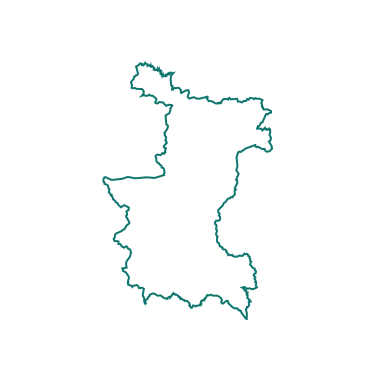 Mueang Tak, Tak, Thailand, rotated 130°
{"feature_id": "78962969B62571443706919", "entity_name": "Mueang Tak", "entity_type": "district", "adm_level": 2, "iso_a3": "THA", "parent_name": "Thailand", "parent_adm1": "Tak", "projection": "orthographic", "projection_center": [99.229, 16.887], "detail": "fine", "context": "isolated", "style": "outline", "palette": "teal", "viewbox_px": 384, "rotation_deg": 130, "n_neighbors": 0, "source": "geoboundaries", "source_scale": "gbopen_adm2", "svg_char_len": 6057}
<svg xmlns="http://www.w3.org/2000/svg" viewBox="0 0 384 384"><g transform="rotate(130 192 192)"><path d="M254.0,68.5L249.7,72.0L247.1,75.5L245.9,75.3L244.6,76.0L243.8,75.2L242.0,75.4L239.8,77.8L238.3,76.6L237.6,78.4L238.1,79.2L237.4,80.2L237.7,81.4L235.3,83.0L235.7,83.7L235.2,84.3L233.4,84.7L234.1,85.5L233.3,86.0L233.5,87.0L232.6,87.8L233.5,88.5L232.7,90.4L233.0,92.2L231.1,90.8L230.7,87.6L228.8,86.0L227.9,83.7L226.6,82.4L223.4,81.0L222.4,83.3L220.2,84.4L220.3,85.8L219.0,86.1L218.3,88.4L216.5,88.7L216.3,91.1L214.7,91.7L213.6,90.9L211.6,92.0L211.5,93.4L210.5,94.6L211.0,97.0L210.1,101.2L207.3,101.8L207.5,103.1L205.7,104.5L205.5,105.8L204.5,106.3L204.8,107.9L204.1,108.6L204.0,110.1L205.6,111.2L205.6,112.3L208.6,112.3L210.6,115.2L212.1,115.5L214.3,118.1L214.7,119.6L214.3,120.8L215.4,121.3L216.0,123.0L217.1,123.7L216.3,124.7L215.8,127.3L215.1,127.5L214.7,129.4L215.9,131.3L215.7,132.5L214.9,133.0L215.6,135.8L214.0,138.3L214.1,140.6L210.9,143.5L209.6,143.8L209.6,145.3L208.7,146.6L205.4,148.0L205.1,149.6L202.2,151.4L201.5,152.6L201.8,153.3L200.5,154.9L198.5,155.1L197.0,153.3L195.7,152.7L194.3,153.2L193.1,154.5L192.8,156.3L191.0,156.6L190.7,158.7L189.0,160.3L182.5,159.8L179.8,160.5L178.0,159.9L173.9,160.2L172.4,158.8L170.7,158.8L169.8,157.5L169.0,157.9L166.5,157.5L163.4,160.4L162.0,159.9L161.5,161.7L156.3,163.0L153.9,165.0L154.3,166.1L148.1,168.0L146.8,172.1L142.9,173.8L136.9,180.1L131.9,182.2L130.5,181.5L130.0,180.4L124.1,178.8L115.3,173.7L116.3,172.6L116.2,171.3L114.9,170.5L114.0,165.9L112.4,164.1L113.3,162.1L113.2,160.8L111.1,158.9L107.3,158.6L105.7,160.4L103.8,165.6L102.2,165.1L99.8,166.2L98.4,169.4L96.0,170.4L93.8,172.5L93.7,173.7L95.8,173.9L96.2,174.9L95.8,175.5L96.8,176.3L96.0,177.3L99.6,177.7L99.0,179.6L101.6,182.9L99.4,183.7L99.2,183.1L97.3,183.1L94.3,183.6L93.3,182.8L84.7,185.4L84.0,184.0L81.8,183.5L80.5,182.5L79.2,183.4L80.1,187.1L82.7,190.3L82.5,191.2L81.5,192.0L81.7,193.4L80.2,194.2L79.4,196.1L76.3,197.0L77.1,200.2L78.7,202.0L79.2,203.7L80.9,204.0L81.1,205.6L82.7,208.1L84.9,207.9L85.3,209.5L87.4,209.1L89.1,210.9L91.3,211.3L92.0,213.5L93.2,215.0L91.6,217.3L96.2,222.0L95.9,223.9L96.7,224.2L98.0,223.7L98.7,225.5L100.8,227.7L103.9,227.6L105.1,226.9L105.7,228.0L106.6,227.9L106.9,229.4L108.0,229.5L109.1,231.2L109.5,234.7L111.6,237.9L110.8,240.7L109.3,240.8L109.1,241.5L115.6,246.1L117.4,248.4L118.2,251.5L122.3,254.3L121.6,256.8L117.8,258.1L116.3,260.2L118.4,262.1L123.0,263.7L123.1,264.5L121.1,265.8L120.7,269.1L124.2,272.8L125.5,272.2L126.4,273.1L123.3,275.1L123.8,276.4L119.5,280.7L116.2,282.9L112.9,282.8L114.1,283.8L114.0,284.8L116.3,285.2L115.8,286.0L116.8,286.0L116.6,286.5L118.4,286.9L119.1,286.1L120.0,286.3L119.6,287.5L120.5,287.4L121.6,288.3L120.6,289.7L122.2,289.4L121.1,290.6L121.8,291.4L121.1,291.7L121.3,292.5L120.4,292.4L120.3,293.5L119.7,292.8L119.0,293.3L119.2,296.0L118.7,296.6L120.7,296.4L120.2,297.3L120.9,296.9L121.9,298.8L122.9,299.2L122.9,300.1L121.2,300.6L121.4,302.9L120.9,303.3L121.2,303.9L122.1,303.5L122.3,304.3L121.7,305.0L122.3,304.8L122.1,305.7L122.8,305.7L123.0,307.2L123.8,307.4L122.8,308.1L123.4,310.0L123.1,310.9L125.9,310.6L125.8,311.3L127.0,312.0L126.4,312.6L126.8,312.7L126.4,313.5L126.8,314.4L130.9,314.8L131.8,315.5L136.0,309.4L137.8,309.2L138.8,310.0L139.9,309.8L140.9,310.5L142.7,309.4L146.4,309.4L147.5,309.0L148.7,306.5L151.0,305.2L150.6,303.9L149.0,302.6L148.7,300.8L145.2,296.4L145.9,293.7L147.9,292.2L150.5,292.3L149.0,291.3L147.5,288.4L144.8,287.1L144.8,285.6L143.5,284.0L143.5,279.5L144.4,278.4L147.1,277.8L147.2,276.6L146.1,275.2L144.1,274.8L142.1,271.8L142.6,267.2L140.2,266.0L138.4,263.3L138.5,262.6L142.1,262.3L142.9,261.2L146.4,260.0L149.7,261.3L150.8,261.2L156.8,254.9L156.6,253.5L157.2,252.5L159.6,251.5L164.6,251.1L164.9,250.0L166.0,249.5L166.8,246.9L169.6,245.5L169.5,244.4L170.4,243.9L170.6,242.9L174.9,243.1L175.9,242.1L175.3,240.1L178.0,238.9L178.7,237.9L179.5,238.5L180.6,237.9L181.3,239.7L183.8,239.7L185.8,242.7L187.3,243.1L188.4,242.7L189.2,240.8L191.1,239.4L191.7,237.3L191.2,235.6L191.7,234.9L191.5,232.2L192.8,231.0L192.1,229.5L192.3,228.5L194.9,225.3L196.7,225.1L197.0,224.3L205.2,229.6L209.9,236.2L218.0,244.3L221.7,250.8L227.3,254.4L234.4,261.3L236.3,267.9L237.1,268.5L239.2,268.0L241.0,266.6L240.9,265.2L242.0,264.3L241.1,261.8L241.2,260.3L242.7,258.6L243.0,257.1L245.7,255.5L246.0,252.8L246.6,252.2L246.0,251.5L246.8,251.1L247.0,249.5L248.3,247.7L248.1,245.4L248.8,243.9L248.4,241.8L249.1,240.3L249.4,236.7L245.6,235.4L244.5,230.5L246.6,229.0L248.9,229.8L251.1,227.1L252.9,227.1L255.5,220.5L256.3,219.9L259.8,220.6L263.9,219.8L265.7,220.8L267.2,220.8L272.6,223.5L273.9,223.5L276.8,221.9L278.3,221.9L279.3,219.9L277.1,216.6L279.1,214.9L278.0,213.3L278.9,210.4L278.3,209.4L278.4,208.3L275.9,207.5L275.6,206.8L276.6,204.3L275.8,202.6L277.4,199.9L281.2,198.0L287.5,197.5L289.8,196.0L291.9,193.5L295.3,196.2L295.9,194.7L296.8,194.3L296.1,191.0L297.3,186.4L298.5,184.9L301.6,183.7L302.1,182.7L302.9,182.8L304.0,181.3L303.0,179.1L303.0,176.8L302.3,177.2L298.7,174.4L298.6,172.8L299.7,170.7L297.4,168.7L297.1,166.6L302.4,163.7L303.6,162.2L303.7,160.7L307.1,157.7L307.7,155.9L306.8,155.9L306.2,157.2L304.4,158.1L302.5,157.3L301.1,157.9L299.5,157.6L298.1,158.3L295.4,157.1L294.0,155.6L293.6,151.8L291.4,149.6L291.2,145.2L289.7,142.2L289.2,142.7L286.9,142.1L287.2,140.8L281.8,141.3L282.2,140.5L281.2,139.9L281.5,138.7L280.6,137.9L280.4,135.7L281.0,135.0L280.5,134.7L280.3,133.3L281.0,133.0L280.6,132.0L281.1,131.7L280.3,131.2L280.5,129.8L279.7,128.4L280.1,127.6L278.7,125.8L278.8,122.7L280.2,120.6L280.7,120.9L281.3,118.2L280.5,117.6L278.1,118.2L276.9,115.3L276.2,115.4L274.0,113.4L272.8,113.6L273.0,112.7L271.7,112.8L270.6,114.6L269.2,114.8L268.6,114.0L267.8,114.2L267.2,113.2L266.8,113.8L265.5,113.3L264.8,113.9L263.5,113.4L261.5,114.2L260.3,112.5L258.6,111.6L258.0,109.5L255.3,106.1L254.7,104.4L254.7,101.0L255.9,99.4L257.5,99.0L258.1,97.4L257.6,96.6L253.2,95.6L252.5,94.3L253.8,92.6L254.2,87.1L253.8,84.7L252.1,82.7L252.5,81.5L252.0,79.9L252.4,79.6L251.7,78.1L252.7,76.5L254.4,69.4L254.0,68.5Z" fill="none" stroke="#0f766e" stroke-width="2"/></g></svg>